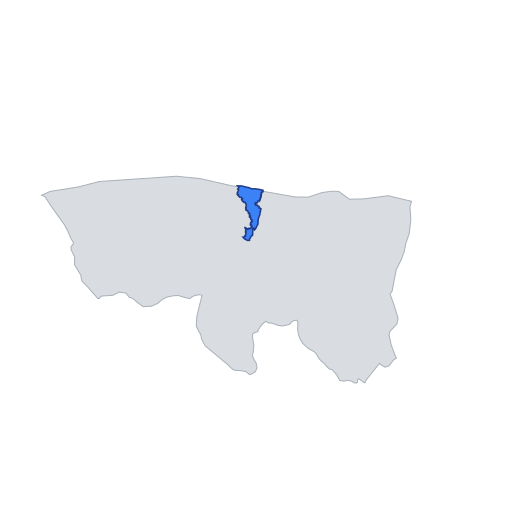 District #4, Grand Bassa, Liberia shown in context, rotated 148°
{"feature_id": "62588387B61310853787803", "entity_name": "District #4", "entity_type": "district", "adm_level": 2, "iso_a3": "LBR", "parent_name": "Liberia", "parent_adm1": "Grand Bassa", "projection": "mercator", "projection_center": [-9.694, 5.903], "detail": "fine", "context": "in_parent", "style": "filled", "palette": "blue", "viewbox_px": 512, "rotation_deg": 148, "n_neighbors": 0, "source": "geoboundaries", "source_scale": "gbopen_adm2", "svg_char_len": 7030}
<svg xmlns="http://www.w3.org/2000/svg" viewBox="0 0 512 512"><g transform="rotate(148 256 256)"><path d="M95.1,219.9L99.2,216.4L105.3,205.0L113.9,194.1L121.8,187.7L128.2,181.0L134.8,175.9L144.4,170.0L159.0,154.3L162.5,152.5L164.8,141.7L168.5,127.9L172.7,123.6L182.7,121.0L185.0,118.6L188.5,108.9L190.8,97.5L191.0,95.1L194.9,94.8L201.6,92.3L205.5,93.4L207.3,96.7L208.2,99.5L228.5,92.4L230.3,90.9L231.4,91.2L233.9,97.5L235.4,97.2L236.6,95.3L238.0,95.1L239.6,96.0L241.2,99.0L243.7,101.6L248.1,103.5L250.9,106.1L250.6,112.9L251.7,119.5L253.6,121.1L254.6,125.0L255.2,129.4L256.2,131.6L257.0,136.0L256.6,140.7L257.4,144.0L260.6,149.7L262.6,156.9L262.6,162.0L261.5,167.3L259.3,172.2L255.5,177.6L255.2,179.7L257.5,181.0L260.9,181.3L263.7,180.2L270.9,182.7L274.7,186.2L278.0,190.5L281.0,192.7L282.3,195.5L287.4,194.7L293.4,192.1L294.6,190.8L296.4,191.5L300.2,191.8L302.9,187.0L305.0,181.6L309.6,175.6L311.9,173.4L312.5,169.6L312.7,164.7L314.4,160.5L318.2,158.1L322.3,158.2L324.5,159.0L325.7,163.1L329.0,166.3L331.8,168.4L333.3,169.3L335.7,171.7L337.9,180.0L346.7,206.7L346.2,214.0L344.5,218.8L344.4,223.5L343.8,228.2L338.5,235.8L322.6,251.3L323.8,252.7L327.6,254.5L331.5,255.4L334.7,254.9L338.6,258.8L342.9,263.7L347.4,266.2L353.9,268.5L359.6,268.7L364.5,267.9L371.3,268.8L378.6,272.9L381.2,279.5L383.0,285.4L385.5,288.3L385.8,293.3L391.0,297.8L398.4,298.6L408.0,303.8L410.4,303.5L411.5,302.9L412.7,303.9L415.1,318.8L416.9,326.8L415.9,330.0L414.7,332.5L414.6,344.6L410.2,351.5L409.5,359.1L408.3,361.6L403.7,363.7L403.6,369.6L402.4,376.6L401.9,384.1L403.2,403.7L403.5,418.3L405.6,421.1L396.5,419.9L370.0,408.7L349.6,402.3L281.2,365.8L262.2,351.1L240.3,329.3L191.5,285.3L180.4,278.2L166.4,274.8L157.8,271.0L151.6,266.9L146.7,254.7L134.5,247.4L112.0,237.1L95.1,219.9Z" fill="#d9dde1" stroke="#a8b0b8" stroke-width="1"/><path d="M229.9,290.3L228.5,291.5L228.6,292.0L228.4,292.2L227.8,292.5L227.0,293.0L226.8,293.2L226.8,293.4L226.8,293.5L227.1,294.2L227.3,294.8L227.6,294.8L227.9,294.8L227.9,295.1L227.7,295.7L227.7,295.9L227.6,296.1L227.3,296.2L227.1,296.5L228.0,297.6L227.9,298.2L227.9,298.4L228.0,298.6L228.4,298.7L228.7,298.6L228.8,298.7L228.7,299.0L228.8,299.1L229.2,299.1L229.3,299.3L229.3,299.6L229.0,299.8L228.9,300.0L229.2,300.5L229.2,300.9L229.0,301.1L228.1,301.4L227.9,301.1L227.9,300.8L227.8,300.6L227.4,300.7L227.3,300.8L226.7,300.4L226.2,300.6L226.2,300.9L226.1,301.0L225.6,301.3L225.3,301.6L225.0,301.7L224.8,301.5L224.2,301.4L224.0,301.5L223.9,301.4L223.8,300.8L223.5,301.1L223.3,301.1L223.2,301.1L222.8,301.5L222.6,301.7L222.0,302.0L221.8,302.3L221.7,302.5L221.9,302.6L222.1,302.6L221.9,302.8L221.8,303.0L221.5,303.1L221.2,303.0L220.9,303.3L220.5,303.2L220.3,303.5L220.5,303.8L220.4,304.0L220.1,304.1L220.1,304.7L220.0,304.8L219.6,304.4L219.4,304.5L219.3,304.9L219.2,305.0L219.0,305.4L218.9,305.5L219.0,305.6L218.9,305.8L218.6,305.8L218.6,306.1L218.3,306.2L218.1,306.7L217.8,306.6L217.8,306.8L217.7,306.9L217.4,306.7L217.3,306.8L217.4,307.0L217.0,307.1L216.9,306.8L216.7,306.8L216.5,307.0L216.5,306.8L216.3,306.7L216.2,306.8L216.2,307.1L215.9,307.0L215.5,307.3L215.4,307.5L215.4,307.8L215.5,307.9L215.3,308.2L216.4,309.2L217.9,310.7L218.8,311.5L219.6,312.1L220.6,313.1L221.5,313.7L223.0,314.6L224.2,315.4L224.6,316.2L225.3,316.8L225.9,317.9L226.5,318.4L227.0,318.8L228.2,320.1L228.9,320.7L230.3,322.3L230.9,322.8L232.1,323.8L232.9,324.2L234.5,325.3L234.4,324.9L234.2,324.4L234.1,324.1L234.2,323.8L234.1,323.2L234.7,322.8L236.1,322.5L236.0,322.2L235.7,321.8L235.7,321.7L236.1,320.9L236.4,320.8L236.6,320.7L237.1,320.4L237.3,320.0L237.9,319.9L238.1,319.8L238.3,319.2L238.6,319.2L238.6,318.7L239.0,318.6L239.3,318.0L239.3,317.5L239.1,317.4L238.7,317.5L238.7,317.3L238.8,316.8L239.0,316.6L238.8,316.2L238.7,315.9L238.8,315.8L238.9,315.4L238.7,314.9L238.7,314.5L238.4,314.4L238.1,314.1L238.0,313.8L237.9,313.7L237.7,313.7L237.3,313.3L237.2,313.1L237.3,312.9L237.2,312.9L237.2,312.6L237.1,312.3L237.4,311.9L237.9,311.5L238.2,311.4L238.4,311.4L238.4,311.2L238.1,311.1L238.4,311.0L238.4,309.6L238.3,309.3L237.9,309.3L237.7,309.1L237.7,308.8L237.8,308.4L237.7,308.1L237.9,308.0L237.9,307.9L237.2,307.6L236.9,307.2L236.9,306.7L236.7,306.7L237.1,305.8L237.0,305.6L236.8,305.6L236.8,305.4L236.7,305.4L237.1,305.2L237.1,304.7L237.2,304.3L237.5,304.1L237.8,303.8L238.1,303.5L238.3,303.1L238.4,302.9L238.4,302.6L239.0,302.3L239.1,302.5L239.3,302.4L239.5,302.1L239.4,300.9L239.5,300.7L239.8,300.6L239.9,300.8L240.0,300.8L240.2,300.0L239.9,299.6L239.7,299.2L239.2,299.0L239.2,297.9L239.2,297.5L239.1,296.6L239.2,296.0L239.3,296.0L239.5,296.5L239.8,296.5L239.9,296.3L239.9,296.0L239.5,295.7L239.3,295.4L239.1,295.1L239.3,294.9L239.3,294.7L239.1,294.6L239.2,294.4L239.5,294.4L239.7,294.2L239.8,294.0L239.9,293.5L240.0,293.5L240.0,293.9L240.3,293.7L240.4,293.4L240.4,293.2L240.0,292.9L240.4,292.8L240.6,292.9L240.7,292.6L240.2,292.2L240.1,291.7L240.4,291.6L240.6,291.7L240.5,291.4L240.5,291.2L240.3,290.9L240.6,290.7L241.0,290.3L240.7,289.3L240.3,288.7L240.5,288.2L241.0,288.3L241.1,287.8L241.3,287.8L241.5,287.7L241.4,287.6L241.5,287.6L241.5,287.1L242.2,286.9L242.8,287.0L242.8,286.8L242.7,286.6L242.8,286.5L243.3,286.4L243.4,286.2L243.6,286.2L243.6,285.9L243.7,285.7L243.9,285.6L244.0,285.7L244.1,285.8L244.3,285.5L244.3,285.3L244.0,285.1L243.7,285.2L243.5,284.9L243.5,284.7L243.9,284.5L244.0,284.4L243.9,284.1L243.8,283.8L243.6,283.6L244.2,283.1L244.5,283.1L244.8,283.2L245.0,282.9L245.3,282.7L245.7,282.3L245.8,282.3L245.9,282.2L246.0,282.2L246.0,282.4L246.3,282.4L246.6,282.6L246.7,282.8L246.8,282.8L247.2,283.1L247.4,283.0L247.5,283.1L247.6,282.9L247.8,283.1L248.1,283.3L248.3,283.3L248.6,283.1L248.7,283.3L249.0,283.8L249.1,283.7L249.3,283.5L249.4,283.8L249.5,284.0L249.3,283.9L249.1,284.1L249.2,284.4L249.3,284.4L249.5,284.7L249.5,284.9L249.7,285.2L249.9,285.5L250.0,285.7L250.2,285.8L250.3,285.9L250.5,285.3L250.5,284.9L250.6,284.6L250.6,284.2L250.6,283.9L250.8,283.5L250.9,283.3L251.1,283.2L251.3,282.9L251.6,282.8L251.7,282.5L251.8,282.4L251.5,282.1L251.7,281.8L251.9,281.3L252.1,281.3L252.4,281.3L252.4,281.2L252.7,280.3L252.9,280.2L253.2,279.8L253.6,279.5L253.8,279.0L254.0,279.0L254.1,278.9L254.2,279.0L254.3,279.2L254.6,278.9L255.0,278.8L255.1,278.6L255.2,278.8L255.6,278.6L255.8,278.6L256.1,278.7L256.4,278.5L256.9,278.4L257.0,278.5L256.8,277.0L256.3,276.0L255.4,274.4L255.0,273.8L254.2,273.2L253.5,272.8L253.2,272.7L252.7,273.5L252.3,274.0L251.8,274.2L251.3,274.3L251.0,274.4L250.7,274.7L249.3,275.4L249.0,275.3L248.2,275.5L247.9,275.4L247.8,275.6L246.9,276.9L246.6,277.1L246.5,277.6L245.9,278.3L245.6,278.7L245.2,279.2L245.1,279.6L245.0,279.8L244.9,280.2L244.6,280.2L244.5,280.3L244.4,280.7L244.1,281.0L243.9,281.3L243.3,281.1L243.1,280.7L242.9,280.4L242.9,280.1L243.4,279.4L243.4,279.1L243.4,278.9L242.7,279.2L242.0,279.3L241.4,279.6L240.9,279.9L239.9,280.7L238.7,281.4L238.1,281.6L237.5,282.0L237.2,282.4L236.8,282.8L236.5,283.8L236.2,284.2L235.9,284.2L235.8,284.3L235.1,285.3L234.8,286.0L233.1,287.2L232.3,288.1L231.2,288.7L230.7,289.1L230.3,289.8L229.9,290.3Z" fill="#3b82f6" stroke="#1e3a8a" stroke-width="1.5"/></g></svg>